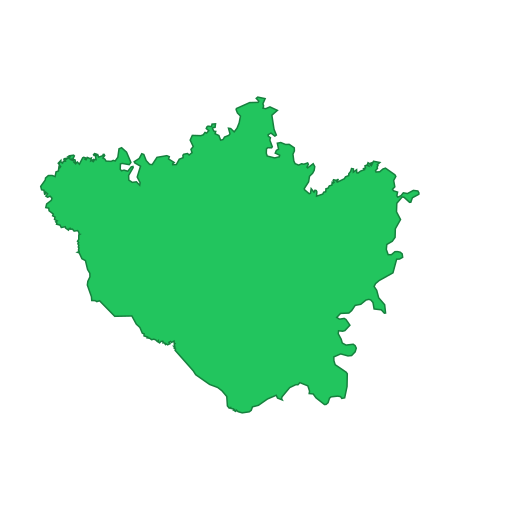 outline of Ban Muang, Sakon Nakhon, Thailand, rotated 67°
{"feature_id": "78962969B64071020381099", "entity_name": "Ban Muang", "entity_type": "district", "adm_level": 2, "iso_a3": "THA", "parent_name": "Thailand", "parent_adm1": "Sakon Nakhon", "projection": "albers", "projection_center": [103.488, 17.919], "detail": "fine", "context": "isolated", "style": "filled", "palette": "green", "viewbox_px": 512, "rotation_deg": 67, "n_neighbors": 0, "source": "geoboundaries", "source_scale": "gbopen_adm2", "svg_char_len": 6107}
<svg xmlns="http://www.w3.org/2000/svg" viewBox="0 0 512 512"><g transform="rotate(67 256 256)"><path d="M126.3,428.4L129.3,430.6L131.0,428.1L133.5,428.8L138.2,426.2L139.5,427.5L141.6,425.8L143.6,427.2L146.0,425.3L146.3,427.0L147.9,426.4L148.8,427.2L151.0,424.3L153.7,424.1L154.5,420.2L155.8,420.4L158.9,418.5L157.7,417.2L158.0,416.1L158.8,416.4L159.6,414.4L162.0,413.7L162.9,410.3L164.8,409.8L166.8,410.3L167.2,409.7L167.4,410.9L171.5,412.7L172.7,414.6L174.3,414.0L175.2,415.2L176.9,414.9L178.3,416.1L179.4,415.8L181.1,417.1L182.8,417.1L182.8,418.9L184.1,417.5L190.5,417.3L193.6,414.8L202.6,416.3L207.0,415.7L210.3,417.0L213.6,420.7L216.8,422.6L229.2,423.4L232.8,424.6L234.3,421.4L235.8,420.4L236.1,417.5L256.3,409.6L262.7,393.7L272.0,392.8L276.4,390.8L282.7,390.8L283.9,389.4L285.8,390.3L288.2,387.5L288.8,388.2L290.2,386.0L292.3,384.8L292.6,382.6L293.9,381.2L296.2,380.2L295.8,379.1L296.8,379.6L298.3,378.7L297.5,377.0L298.0,375.1L299.7,375.5L299.6,374.7L301.9,373.9L301.3,373.4L303.2,372.1L303.1,369.4L301.4,369.9L301.2,368.1L302.5,367.6L302.3,364.7L304.1,365.3L305.0,364.8L305.2,365.7L307.3,366.1L307.0,366.9L308.3,366.3L308.7,367.3L310.2,366.4L311.2,367.3L337.3,358.6L341.7,357.9L356.1,348.9L362.1,342.6L366.8,340.0L373.9,337.8L382.8,340.9L385.6,340.1L385.6,338.5L386.5,338.7L387.9,336.5L389.0,337.0L389.1,335.8L390.1,336.2L391.1,335.4L390.3,334.2L392.3,333.3L395.0,330.0L396.8,323.1L396.2,320.7L393.5,318.2L394.4,312.1L392.1,301.2L392.1,291.8L395.2,291.7L398.7,288.1L397.3,288.2L395.8,287.1L390.3,276.4L390.0,269.6L390.9,267.7L389.7,265.1L395.8,259.0L401.3,259.5L403.4,260.8L405.3,257.3L410.0,256.2L419.5,251.0L420.0,249.5L419.2,247.0L415.6,243.9L415.0,241.9L416.9,235.6L418.5,233.1L420.6,232.7L421.2,229.8L411.7,223.2L400.1,218.0L398.2,218.4L387.0,225.6L382.8,225.2L379.3,223.8L379.2,216.3L383.9,210.4L385.0,206.9L383.0,202.2L380.0,199.7L377.2,199.8L375.2,201.0L373.2,207.9L369.8,210.6L365.9,210.1L359.7,210.7L357.1,209.2L359.1,205.6L359.4,203.3L356.4,196.6L349.6,198.0L347.9,199.2L346.8,203.8L344.1,205.7L341.9,200.6L344.8,192.8L343.6,189.2L340.2,184.0L341.4,178.4L339.5,171.9L340.0,169.1L341.3,167.5L344.5,166.5L350.9,168.0L354.5,161.7L358.8,160.2L359.1,159.0L351.1,156.6L342.4,159.4L334.8,158.3L330.2,159.2L328.1,156.7L326.7,152.2L325.0,136.5L313.9,127.8L314.9,125.0L314.5,121.5L311.2,120.6L308.9,121.7L307.3,123.9L306.3,126.4L307.7,130.9L306.4,133.8L300.9,133.5L296.5,131.1L295.7,124.8L293.2,120.7L285.4,117.1L278.9,108.7L270.2,109.4L262.5,105.8L258.8,98.4L259.8,96.8L266.6,93.7L267.0,92.5L263.5,89.3L262.8,82.0L261.7,81.4L259.4,81.6L257.1,85.5L257.7,92.2L255.4,95.7L257.1,98.9L257.3,102.5L255.5,102.8L252.5,100.7L249.7,103.9L247.9,104.3L246.6,101.2L240.3,99.8L237.4,96.2L235.5,96.4L225.7,102.5L225.5,105.2L226.8,109.2L225.6,112.7L224.1,112.7L222.8,109.9L221.4,109.8L220.4,108.4L219.4,108.7L218.3,105.5L214.7,110.8L218.0,114.6L216.9,115.3L215.4,113.0L215.3,115.5L213.9,116.4L215.3,117.7L217.0,117.3L215.6,118.7L215.6,120.5L217.7,120.8L217.6,122.8L218.9,122.4L218.7,126.7L219.5,129.7L218.7,130.7L215.9,129.7L216.8,133.6L213.9,132.3L212.8,133.9L215.1,135.8L216.5,138.4L218.2,139.3L218.1,142.7L219.4,144.5L219.8,152.1L219.1,152.7L217.5,150.1L217.7,152.6L216.1,154.8L216.8,155.6L218.8,155.4L219.0,156.5L218.0,157.1L220.4,158.5L220.1,161.1L221.8,163.4L221.4,165.3L224.1,166.7L223.7,168.7L225.1,170.4L224.6,176.9L220.7,174.9L219.3,175.0L218.5,176.0L219.9,177.7L215.6,178.9L219.5,181.3L219.5,182.7L214.0,185.4L212.8,185.2L208.3,178.6L203.5,175.6L202.0,171.6L199.9,169.0L196.7,167.0L193.4,167.3L195.1,174.0L194.1,174.4L192.1,172.0L190.5,172.1L190.2,176.1L188.9,178.0L189.0,181.2L186.3,183.9L183.4,184.1L176.7,182.2L174.3,179.6L171.4,178.5L166.2,181.8L164.9,185.2L161.2,188.9L160.5,192.3L166.5,193.5L166.7,195.9L168.8,198.1L172.5,194.8L173.8,195.8L173.0,200.5L168.4,206.6L165.5,206.4L161.5,204.5L160.9,202.9L162.5,199.4L161.8,198.3L154.8,198.0L152.7,196.5L150.6,197.9L149.1,197.5L148.7,194.2L153.0,191.8L152.6,190.0L146.4,189.9L132.6,186.4L130.3,179.4L124.2,184.9L124.2,189.5L122.6,191.8L120.7,190.3L118.6,190.2L114.7,186.1L110.4,192.3L111.0,194.2L114.5,192.9L115.4,194.0L112.3,201.9L112.6,216.4L113.5,217.1L117.1,217.2L121.1,215.6L126.9,219.5L131.0,223.6L133.2,227.6L128.8,229.5L127.6,231.4L133.4,232.2L134.3,233.9L134.2,238.5L135.9,240.8L135.6,243.3L130.6,243.1L127.4,245.9L125.6,244.4L124.8,245.9L121.9,246.3L121.1,245.5L121.6,243.4L118.5,241.6L117.4,244.9L119.4,246.4L117.7,249.5L117.9,250.6L119.2,252.0L122.2,250.5L123.6,253.5L122.3,254.6L123.8,257.2L123.7,259.7L120.1,267.5L123.6,271.3L130.7,271.0L132.4,274.2L135.9,274.5L136.9,278.1L134.9,279.0L134.1,282.8L134.7,283.9L137.0,284.7L136.9,288.8L140.7,293.6L139.4,297.0L138.4,296.6L137.9,294.8L132.5,298.6L130.7,297.0L128.8,298.9L126.5,308.6L131.3,315.8L130.1,318.1L125.3,319.8L118.7,319.6L117.2,321.2L120.6,325.4L121.6,331.3L123.0,331.2L128.2,327.2L136.9,334.5L143.2,334.0L145.4,335.4L141.0,337.1L139.9,341.1L136.4,343.4L132.1,341.8L126.6,334.5L125.5,334.3L125.2,336.0L127.9,340.9L125.4,343.9L125.0,346.5L123.1,347.1L118.2,344.8L118.6,342.8L122.4,337.0L121.0,334.6L109.8,334.6L103.8,337.4L103.8,340.2L111.1,344.6L113.5,348.5L112.2,350.1L112.3,352.3L110.1,356.9L107.7,357.3L106.0,358.6L104.4,356.0L103.0,356.2L102.8,357.0L103.8,357.7L103.5,362.2L101.0,362.1L101.1,363.8L100.0,362.9L98.6,364.6L99.3,366.0L100.2,365.8L100.5,364.6L104.8,365.6L104.2,366.7L105.6,369.0L104.9,369.4L103.7,368.4L103.9,371.0L101.5,369.3L101.5,370.7L99.3,372.8L101.0,374.8L100.2,375.6L99.2,374.5L97.8,376.0L97.9,377.2L102.5,382.7L99.6,383.8L100.7,386.0L98.8,386.8L99.0,385.6L96.9,385.0L95.6,386.4L96.8,387.0L94.1,389.7L95.2,386.7L92.9,384.1L91.9,384.5L90.8,388.7L91.1,390.1L92.1,388.5L93.1,389.8L92.3,391.0L93.1,393.5L92.0,392.6L91.5,394.5L92.1,395.1L94.2,394.6L93.6,396.4L94.9,397.8L93.4,398.9L91.8,398.3L93.6,402.4L93.4,400.6L95.1,401.6L97.4,400.9L98.1,402.1L97.0,402.6L100.5,404.7L100.4,407.2L104.4,409.9L102.2,412.2L100.8,415.7L102.0,419.3L103.7,420.3L107.8,427.0L111.3,427.5L112.6,425.5L116.5,426.4L116.6,425.6L115.1,424.6L117.4,423.5L118.8,426.0L120.5,424.8L120.5,422.1L123.1,421.2L124.8,422.7L126.3,428.4Z" fill="#22c55e" stroke="#15803d" stroke-width="1.5"/></g></svg>